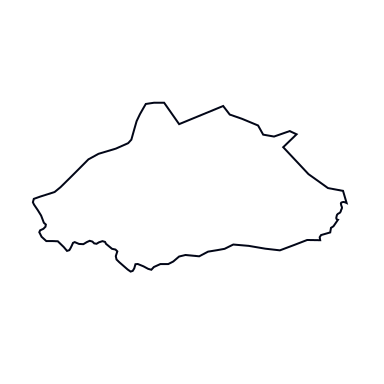 Tomás Gomensoro, Artigas, Uruguay, rotated 102°
{"feature_id": "84410073B21516970861413", "entity_name": "Tomás Gomensoro", "entity_type": "district", "adm_level": 2, "iso_a3": "URY", "parent_name": "Uruguay", "parent_adm1": "Artigas", "projection": "equal_earth", "projection_center": [-57.351, -30.496], "detail": "fine", "context": "isolated", "style": "outline", "palette": "ink", "viewbox_px": 384, "rotation_deg": 102, "n_neighbors": 0, "source": "geoboundaries", "source_scale": "gbopen_adm2", "svg_char_len": 1695}
<svg xmlns="http://www.w3.org/2000/svg" viewBox="0 0 384 384"><g transform="rotate(102 192 192)"><path d="M110.5,237.8L112.5,247.5L115.5,255.5L121.0,257.3L126.7,259.1L134.2,260.9L142.6,261.5L153.4,262.2L157.5,264.6L165.4,275.5L174.1,291.4L181.6,300.1L201.1,312.7L214.6,321.6L220.6,326.4L228.1,339.6L231.6,345.3L235.1,345.5L237.2,343.9L241.8,339.1L246.4,334.7L252.9,330.5L254.2,328.2L256.4,328.1L258.9,329.7L261.1,332.6L263.1,333.0L267.1,329.8L270.3,324.3L269.0,318.3L268.1,313.0L272.5,306.0L275.6,302.0L274.4,299.9L272.4,299.2L269.7,298.5L266.5,297.8L265.4,296.3L266.3,291.7L265.6,287.4L262.8,284.4L261.0,281.9L261.2,279.1L262.6,277.0L262.5,274.6L260.6,272.6L258.7,269.4L258.9,266.7L260.6,265.3L264.2,258.4L264.2,254.9L265.6,252.7L270.6,253.2L273.7,251.8L275.7,248.7L281.2,238.8L282.6,235.5L281.5,233.6L278.7,232.6L274.4,232.3L273.7,230.1L274.8,224.0L276.3,218.9L276.5,215.6L273.3,213.7L269.1,208.0L267.4,200.2L263.9,195.9L257.8,191.2L255.0,185.4L253.4,171.6L247.0,163.9L243.5,154.9L240.8,148.3L234.8,140.7L232.9,125.4L232.2,108.5L230.8,93.9L222.3,80.6L215.0,69.4L212.5,56.6L209.7,57.7L207.3,56.8L202.8,48.4L198.2,48.6L196.1,46.5L188.9,43.5L188.9,43.8L188.8,44.1L188.5,44.8L187.9,45.3L187.3,45.5L185.3,45.5L184.2,45.4L183.1,44.8L182.3,43.9L181.6,43.1L181.0,42.8L180.2,42.5L178.6,42.4L177.5,42.1L176.6,42.0L175.9,42.1L175.5,42.3L174.1,43.2L173.5,43.5L172.5,43.9L172.1,44.0L171.7,43.9L171.4,43.8L171.2,43.6L170.5,42.4L170.3,41.9L170.2,41.4L170.3,40.1L170.4,39.4L170.6,38.5L159.5,44.5L159.9,59.8L150.3,81.8L129.2,112.1L113.8,101.7L112.1,109.1L120.7,123.3L121.1,134.3L113.2,141.2L110.0,158.4L108.4,171.2L101.4,179.4L128.3,218.7L110.5,237.8Z" fill="none" stroke="#020617" stroke-width="2"/></g></svg>